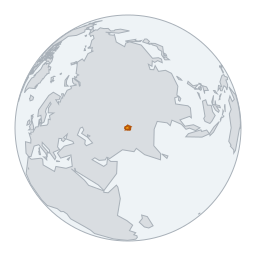 globe centered on Himachal Pradesh, rotated 315°
{"feature_id": "IND-2429", "entity_name": "Himachal Pradesh", "entity_type": "Union Territory", "adm_level": 1, "iso_a3": "IND", "parent_name": "India", "parent_adm1": "", "projection": "orthographic", "projection_center": [77.297, 31.808], "detail": "fine", "context": "on_globe", "style": "filled", "palette": "amber", "viewbox_px": 256, "rotation_deg": 315, "n_neighbors": 0, "source": "natural_earth", "source_scale": "10m", "svg_char_len": 11737}
<svg xmlns="http://www.w3.org/2000/svg" viewBox="0 0 256 256"><g transform="rotate(315 128 128)"><circle cx="128" cy="128" r="113" fill="#eef3f6" stroke="#a8b0b8"/><path d="M158.5,19.6L159.0,19.9L166.4,23.7L171.6,25.9L168.2,24.9L180.1,29.9L185.9,34.0L177.5,29.0L175.2,28.1L178.3,30.5L176.7,30.2L177.3,31.2L175.0,30.8L170.3,28.3L168.7,28.0L171.0,29.7L170.2,30.6L167.1,28.1L165.4,29.4L157.1,26.1L150.6,20.9L144.2,19.9L132.7,16.9L131.9,17.3L127.1,16.9L124.4,17.3L123.0,16.9L122.1,17.6L123.8,17.9L124.0,18.4L122.6,18.7L120.6,18.2L121.0,18.0L119.7,18.0L119.3,17.7L118.7,18.0L116.4,17.6L116.6,18.6L113.0,18.7L112.1,18.3L114.9,17.6L119.9,15.8L119.9,15.7L118.1,15.8L126.3,15.4L134.4,15.5L142.5,16.3L150.6,17.6L158.5,19.6ZM101.5,18.5L100.6,18.8L104.1,18.1L103.8,18.3L106.2,18.2L102.8,19.1L98.2,20.2L96.0,20.4L93.9,21.0L93.6,21.7L87.1,23.5L78.8,27.0L77.4,27.6L79.2,26.5L80.1,26.1L90.6,21.7L101.5,18.5ZM175.7,27.6L173.9,26.5L176.2,27.7L175.7,27.6ZM177.7,31.5L178.8,32.0L178.6,32.3L177.7,31.5ZM107.9,17.7L107.1,17.9L107.9,17.7ZM109.8,17.5L110.3,17.2L111.3,17.1L110.9,17.3L109.8,17.5ZM175.0,32.1L174.5,32.7L174.2,31.6L175.0,32.1ZM108.8,17.9L112.9,17.0L114.6,16.8L114.6,17.4L108.8,17.9ZM173.6,32.8L172.3,34.7L174.5,35.7L167.4,34.0L170.9,32.8L170.3,31.2L171.9,32.4L173.6,32.8ZM125.0,17.9L123.1,17.6L126.0,17.5L125.0,17.9ZM126.8,17.8L135.6,17.6L137.8,18.4L134.4,18.2L138.2,19.2L135.0,19.7L132.1,19.2L131.4,18.5L130.7,19.3L126.8,17.8ZM163.8,32.8L162.7,33.0L162.9,32.4L163.8,32.8ZM124.3,18.6L125.9,18.4L127.9,19.0L125.1,19.6L125.3,19.2L124.3,18.6ZM140.8,19.3L141.8,20.1L139.5,20.6L139.5,21.0L135.1,19.8L140.8,19.3ZM124.2,19.2L123.6,19.9L121.4,19.9L122.9,18.8L124.2,19.2ZM129.6,19.0L130.4,19.4L129.0,19.3L129.6,19.0ZM113.2,20.8L115.0,20.4L116.2,20.7L113.2,20.8ZM123.6,20.1L124.3,20.1L125.0,20.2L124.2,20.7L123.6,20.1ZM133.7,20.3L132.6,20.5L135.4,20.8L133.8,21.4L131.1,20.5L131.6,21.1L131.1,21.3L129.5,20.5L133.7,20.3ZM125.4,21.5L121.5,20.9L117.8,21.6L116.6,21.3L122.7,20.3L125.4,21.5ZM127.9,21.0L126.1,21.2L125.6,20.7L126.5,20.1L127.9,21.0ZM133.6,22.1L136.8,21.5L137.3,21.7L133.6,22.1ZM124.4,21.8L125.4,22.0L124.2,21.9L124.4,21.8ZM130.9,22.1L132.0,21.8L132.5,22.1L130.9,22.1ZM126.5,22.6L125.2,22.4L125.8,22.0L126.5,22.6ZM128.6,22.5L129.0,22.9L126.8,22.0L129.0,22.3L128.6,22.5ZM131.2,22.4L131.9,22.5L130.7,22.5L131.2,22.4ZM124.9,24.5L121.9,23.4L123.3,22.4L126.0,23.6L124.9,24.5ZM16.2,117.6L19.5,98.7L21.1,94.9L23.8,88.2L37.2,77.7L37.5,81.7L45.1,87.8L45.6,89.7L41.9,94.1L45.3,106.8L49.8,104.2L55.7,112.7L61.5,115.7L68.6,106.7L59.1,101.7L60.3,95.9L70.1,95.8L78.7,100.6L79.5,98.6L76.4,91.8L80.8,89.4L75.6,89.2L75.9,91.8L72.7,91.9L72.2,89.5L73.7,88.7L71.8,86.5L64.8,91.6L64.4,94.8L57.9,92.3L56.5,97.6L53.9,98.7L55.2,90.2L56.9,87.9L57.2,77.5L54.9,79.6L54.4,89.7L53.4,88.2L50.2,91.6L51.9,87.8L53.1,76.7L48.8,74.4L39.2,79.6L37.6,77.9L38.1,73.7L45.8,65.2L48.6,69.9L51.3,67.4L54.4,61.6L55.0,63.7L56.5,62.1L57.9,63.8L63.5,62.1L65.4,63.6L71.0,59.3L72.8,59.6L68.9,61.9L67.4,64.5L72.7,68.6L74.7,68.3L77.9,65.4L78.9,67.1L81.3,63.7L86.1,64.9L82.3,60.8L86.0,57.6L90.7,56.6L91.2,54.9L83.6,56.7L81.1,58.2L80.1,60.5L72.8,64.4L70.3,63.8L75.4,57.4L72.3,56.1L77.6,52.0L95.0,49.0L100.5,49.9L102.5,57.9L99.2,59.3L96.9,57.0L95.9,62.0L97.5,60.2L98.4,61.8L102.1,59.6L102.9,60.6L105.1,56.9L106.5,57.9L105.1,60.3L111.7,58.3L115.6,60.0L116.7,59.2L116.8,57.7L121.6,61.1L122.2,60.3L120.9,58.9L121.3,56.4L123.8,53.6L125.3,54.9L124.6,56.1L125.4,60.8L123.3,64.0L124.1,64.3L126.3,61.8L125.4,56.1L126.5,54.0L127.4,56.6L127.1,55.5L128.2,54.9L130.6,55.6L129.8,52.8L138.9,45.7L144.5,46.8L144.3,49.6L152.3,47.1L158.0,49.1L156.7,47.7L159.7,45.9L158.0,45.2L157.6,44.4L164.5,40.4L167.3,40.7L168.9,38.0L168.3,37.3L166.3,36.9L167.4,34.0L174.5,35.7L175.5,37.1L179.2,37.5L181.2,40.6L184.4,43.6L184.4,47.2L187.0,49.5L188.2,49.4L192.6,52.8L197.7,60.4L188.5,54.4L179.9,44.4L183.0,48.3L180.8,47.6L180.9,49.1L183.3,52.1L184.5,52.3L180.5,58.9L183.1,68.1L186.5,66.4L190.0,68.2L196.0,78.7L194.6,96.0L199.2,99.8L200.4,103.0L198.4,106.0L196.6,101.3L193.3,100.5L192.6,97.7L188.6,101.3L187.5,97.3L185.0,102.3L187.4,105.0L191.3,103.1L189.6,109.5L195.3,113.7L197.4,120.1L192.8,133.7L185.9,139.2L185.8,141.3L182.3,139.7L178.7,144.7L186.1,154.7L186.3,158.0L180.0,165.6L179.7,163.3L170.5,159.0L169.5,167.0L176.6,172.0L179.0,178.8L173.9,177.5L171.4,171.6L168.1,169.9L168.4,163.2L164.6,153.5L159.5,156.2L159.3,152.0L153.3,144.0L145.6,147.4L133.7,158.8L133.0,169.1L128.5,173.5L120.9,158.6L119.5,148.3L115.5,149.0L108.7,139.5L93.5,136.7L92.4,133.7L89.3,134.4L84.7,130.5L83.5,125.6L80.2,125.0L83.7,138.0L87.4,138.6L91.9,135.1L92.1,139.4L96.7,144.0L87.7,152.2L66.8,155.2L66.7,147.1L60.6,121.5L61.9,119.3L61.9,119.0L62.0,118.5L59.5,121.8L59.1,116.8L60.3,134.0L59.6,140.7L66.5,155.5L65.4,156.4L68.2,159.8L79.4,160.2L79.0,162.7L72.6,172.5L58.7,182.4L61.7,192.6L62.6,200.0L56.4,201.6L59.4,207.5L56.6,207.6L58.1,210.5L57.2,212.0L54.9,212.1L48.2,207.1L45.8,204.2L39.4,196.3L29.7,178.9L29.3,173.7L27.8,167.9L23.2,151.6L24.1,145.6L23.3,141.4L21.5,139.8L20.9,134.8L20.0,133.2L16.1,125.6L16.2,117.6ZM29.6,85.5L28.5,87.3L29.6,85.5ZM86.0,111.1L92.4,113.5L92.8,106.2L95.4,106.7L94.6,104.2L92.8,105.7L91.4,99.0L95.4,98.1L96.4,95.2L94.2,94.3L87.2,97.2L89.1,106.5L86.2,108.7L86.0,111.1ZM76.4,27.9L77.0,27.7L75.8,28.2L71.8,30.4L69.1,32.0L71.3,30.7L76.4,27.9ZM63.9,52.5L63.2,54.2L60.9,55.5L58.5,54.5L61.7,52.5L63.9,52.5ZM62.7,56.5L68.4,50.8L70.2,51.5L68.3,52.0L68.8,53.0L65.8,54.2L61.9,60.7L59.7,62.4L56.4,59.1L58.7,59.1L59.2,57.3L62.7,56.5ZM79.9,37.6L82.4,35.9L83.0,39.5L80.6,40.8L78.0,39.6L79.3,37.4L79.9,37.6ZM108.1,19.4L109.0,19.0L109.5,19.1L109.2,19.5L108.1,19.4ZM113.9,20.6L104.6,21.4L105.2,20.9L99.0,22.3L98.2,21.7L102.2,20.7L96.9,21.5L100.2,20.4L96.4,21.1L105.5,19.0L108.2,18.3L105.5,19.3L106.2,19.9L107.4,19.9L112.6,19.5L118.8,18.5L120.6,19.2L120.1,19.9L118.9,20.2L118.2,19.6L117.0,20.5L115.0,20.0L113.9,20.6ZM113.9,32.0L113.6,30.5L110.9,33.5L108.9,32.4L108.8,32.8L106.2,32.7L102.8,33.4L102.3,32.7L101.1,33.3L99.4,33.4L97.7,34.0L96.2,33.1L94.0,33.8L94.6,33.0L91.2,34.6L93.0,33.1L91.0,33.2L90.3,34.6L86.4,29.7L83.3,29.3L79.7,29.9L83.4,27.6L89.1,25.7L95.2,24.6L97.6,25.5L98.8,24.4L100.4,24.6L98.8,25.4L102.1,24.4L103.0,24.8L108.4,24.7L112.7,23.3L114.8,23.3L113.6,24.1L116.5,23.6L115.5,25.2L117.0,25.3L117.5,27.1L114.1,28.7L116.0,28.8L116.5,30.4L113.9,32.0ZM124.9,25.0L121.4,26.9L118.5,27.3L118.9,24.0L117.7,23.7L117.9,21.9L122.0,21.4L121.6,21.9L122.1,22.4L120.6,22.3L122.2,22.7L121.7,23.5L122.8,24.0L121.4,24.4L124.9,25.0ZM47.9,88.8L48.6,89.8L50.0,90.8L48.0,93.1L47.9,88.8ZM48.5,81.2L49.4,81.6L47.3,85.0L46.5,84.1L48.5,81.2ZM51.7,79.0L49.6,81.4L50.3,79.6L51.7,79.0ZM70.0,62.2L71.1,62.6L70.5,63.4L69.1,64.1L70.0,62.2ZM105.7,41.5L106.0,40.4L106.8,40.3L109.4,38.0L111.1,38.8L110.2,40.4L105.7,41.5ZM65.9,107.6L63.2,108.7L62.8,107.3L63.8,107.2L65.9,107.6ZM54.4,100.7L56.2,103.6L53.8,101.3L54.4,100.7ZM108.0,42.0L108.9,41.0L109.2,42.0L108.0,42.0ZM112.5,39.3L113.1,40.3L111.6,38.6L112.5,39.3ZM117.2,238.7L119.1,239.1L117.2,239.0L117.2,238.7ZM79.0,204.3L76.6,214.9L72.0,213.4L69.6,209.5L69.3,202.6L74.2,202.1L76.1,199.2L79.0,204.3ZM201.8,187.6L204.3,187.0L204.2,187.5L201.8,187.6ZM199.3,187.2L202.3,186.2L198.7,188.3L199.3,187.2ZM203.4,185.8L206.4,183.8L207.7,182.6L207.4,183.6L203.4,185.8ZM197.2,188.0L185.5,191.4L180.6,191.4L181.9,189.6L189.7,188.0L197.2,188.0ZM181.5,189.7L173.9,186.8L162.6,175.1L166.7,174.7L178.3,180.9L177.6,182.5L182.2,185.1L181.5,189.7ZM199.3,176.4L198.5,180.8L192.1,182.5L189.1,182.7L187.1,177.8L188.3,174.8L190.7,174.2L199.6,161.7L202.9,163.0L200.3,168.0L202.9,170.8L199.3,176.4ZM133.5,170.1L136.5,176.0L134.0,177.0L133.5,170.1ZM202.7,153.6L199.5,159.1L202.2,152.2L202.7,153.6ZM203.9,147.4L204.4,149.5L202.7,147.9L203.9,147.4ZM186.2,144.5L183.6,145.7L183.3,144.1L186.4,141.6L186.2,144.5ZM199.0,125.6L200.0,130.4L199.8,132.2L198.2,129.7L199.0,125.6ZM123.8,49.0L118.2,51.0L115.3,53.5L115.4,56.1L112.8,53.5L117.3,49.7L123.8,49.0ZM136.9,45.9L136.7,43.9L138.4,44.4L138.6,44.9L136.9,45.9ZM135.7,45.0L132.5,43.3L133.5,41.9L135.8,43.5L135.7,45.0ZM120.1,42.2L118.3,42.7L118.1,41.8L120.1,42.2ZM208.0,207.2L209.2,205.9L207.3,207.8L210.3,204.5L206.9,208.1L207.5,206.8L205.7,207.7L188.2,219.8L185.0,220.6L187.3,218.3L187.5,213.2L188.7,213.0L189.8,208.7L201.1,200.8L209.6,189.7L214.1,187.8L218.6,179.8L222.7,177.4L220.5,183.0L223.5,182.9L228.5,170.2L227.5,179.1L227.8,180.1L227.1,181.5L223.0,188.5L218.5,195.1L213.5,201.3L208.0,207.2ZM208.0,185.5L211.6,180.8L213.4,179.7L208.0,185.5ZM238.3,151.0L238.1,151.8L238.2,151.1L238.3,151.0ZM238.5,150.0L238.6,149.5L238.7,148.7L238.5,149.9L238.5,150.0ZM238.4,149.3L238.5,149.8L238.3,149.7L238.4,149.3ZM238.1,150.2L237.9,150.3L237.9,150.0L238.1,150.2ZM232.9,159.7L234.1,162.3L232.6,164.2L231.1,163.3L229.0,168.0L224.8,171.1L226.1,168.4L225.7,166.0L220.8,168.2L219.8,167.0L221.7,164.5L218.2,165.1L222.1,161.9L223.5,164.9L225.6,160.4L228.9,158.6L231.7,157.3L233.5,158.0L232.9,159.7ZM221.7,170.6L222.4,170.1L221.7,171.7L221.7,170.6ZM237.4,149.7L237.7,150.4L237.6,151.0L237.4,151.3L237.4,149.7ZM234.0,156.8L236.1,151.0L236.5,150.5L235.0,155.8L234.0,156.8ZM235.8,149.6L236.6,148.8L236.9,150.0L236.7,150.7L235.8,149.6ZM213.8,171.6L213.6,172.7L212.5,172.4L213.8,171.6ZM215.2,170.2L218.4,169.6L214.9,171.3L215.2,170.2ZM204.7,171.1L205.7,173.3L209.1,170.2L206.5,173.7L208.6,177.0L207.7,178.9L205.7,175.3L204.7,180.3L203.1,180.9L202.5,177.1L204.1,171.5L205.6,168.8L211.6,165.4L204.7,171.1ZM215.3,167.0L214.4,164.4L215.0,162.0L216.0,163.1L215.3,167.0ZM211.4,158.2L208.7,155.6L206.5,157.9L210.6,150.8L212.6,154.5L211.4,158.2ZM208.6,151.0L206.6,153.2L208.5,149.2L208.6,151.0ZM205.9,152.1L205.4,149.6L207.1,149.3L205.9,152.1ZM209.8,150.6L209.6,146.1L210.8,148.3L209.8,150.6ZM203.8,144.1L208.1,146.9L203.0,147.0L201.4,138.5L203.5,137.5L203.8,144.1ZM206.3,104.4L205.0,102.2L206.5,100.8L207.0,102.7L206.3,104.4ZM210.0,95.0L206.4,99.7L203.4,103.8L205.0,104.4L205.5,109.0L202.3,105.9L203.5,100.0L206.1,97.7L205.1,94.0L206.2,90.6L204.0,86.5L204.0,84.2L206.9,87.3L210.0,95.0ZM202.9,84.9L199.3,77.5L202.7,76.9L204.2,78.4L204.4,82.0L202.6,82.0L202.9,84.9ZM199.4,75.6L197.7,75.6L188.7,66.6L187.6,64.6L196.2,70.8L195.0,71.2L196.6,73.7L199.4,75.6ZM163.8,33.6L162.8,33.1L164.1,33.3L163.8,33.6ZM156.6,44.1L156.3,43.1L157.8,43.2L156.6,44.1ZM156.3,40.4L154.9,41.0L155.8,39.9L156.3,40.4ZM151.7,42.3L154.0,40.9L152.7,43.1L151.7,42.3Z" fill="#d9dde1" stroke="#a8b0b8" stroke-width="1"/><path d="M129.8,126.6L129.9,126.8L129.9,127.1L130.0,127.2L130.1,127.3L130.3,127.5L130.4,127.8L130.3,128.0L130.4,128.3L130.5,128.3L130.4,128.6L130.5,128.7L130.5,128.8L130.4,128.8L130.4,129.0L130.5,129.0L130.8,129.1L130.9,129.3L130.6,129.3L130.6,129.2L130.4,129.2L130.2,129.1L129.9,129.1L129.7,129.0L129.4,129.2L129.2,129.2L129.2,129.3L129.1,129.2L129.1,129.3L128.9,129.5L128.8,129.8L128.7,129.9L128.7,130.0L128.8,130.2L128.8,130.3L128.8,130.5L128.7,130.7L128.5,130.8L128.4,130.8L128.4,130.7L128.2,130.7L128.3,130.7L128.2,130.7L127.9,130.6L127.7,130.5L127.7,130.4L127.8,130.2L127.7,130.2L127.4,129.9L127.2,129.8L127.2,129.7L127.1,129.8L127.0,129.7L126.9,129.6L126.8,129.4L126.8,129.2L126.7,129.1L126.5,128.9L126.4,128.7L126.4,128.8L126.3,129.0L126.2,129.0L126.1,128.9L126.0,128.7L125.9,128.5L125.7,128.0L125.7,127.9L125.8,127.9L125.7,127.8L125.7,127.7L125.4,127.5L125.2,127.5L125.1,127.4L125.3,127.3L125.3,127.2L125.2,127.2L125.3,127.1L125.5,126.9L125.6,126.6L125.7,126.4L125.7,126.2L125.6,125.9L125.8,125.8L125.9,125.7L126.0,125.6L126.3,125.5L126.3,125.4L126.5,125.3L126.7,125.2L126.8,125.2L126.9,125.3L127.1,125.3L127.3,125.4L127.4,125.5L127.5,125.6L127.7,125.8L127.9,125.8L128.1,125.9L128.3,125.8L128.5,125.8L128.5,125.7L128.8,125.7L128.9,125.8L129.0,126.0L129.1,126.3L129.3,126.4L129.5,126.3L129.6,126.2L129.8,126.1L129.8,126.3L129.7,126.4L129.7,126.5L129.8,126.6L129.8,126.6Z" fill="#f59e0b" stroke="#b45309" stroke-width="1.5"/></g></svg>